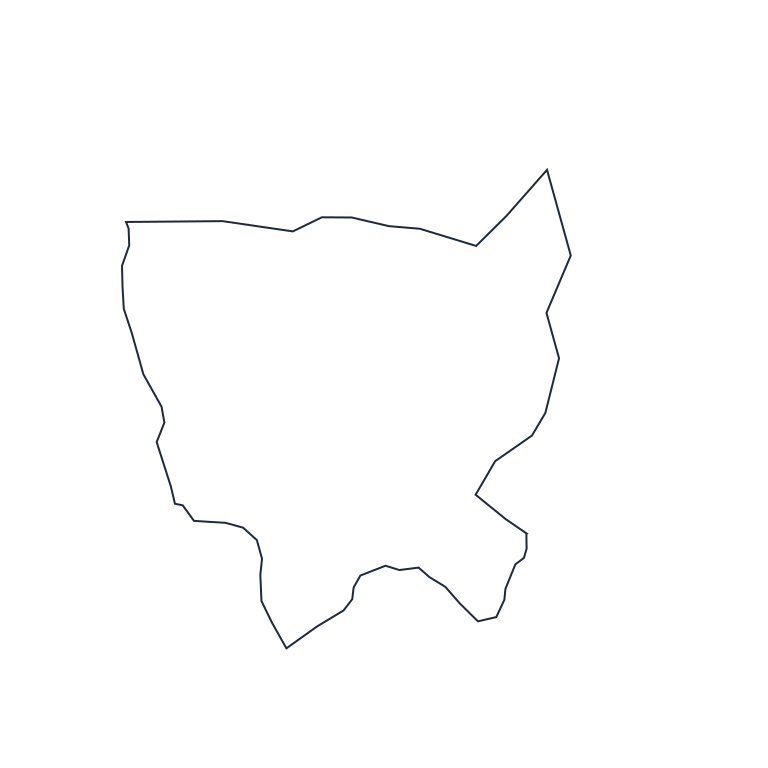 outline of Vänersborg, Västra Götaland, Sweden, rotated 334°
{"feature_id": "70781695B41562985263566", "entity_name": "Vänersborg", "entity_type": "district", "adm_level": 2, "iso_a3": "SWE", "parent_name": "Sweden", "parent_adm1": "Västra Götaland", "projection": "albers", "projection_center": [12.351, 58.463], "detail": "fine", "context": "isolated", "style": "outline", "palette": "slate", "viewbox_px": 768, "rotation_deg": 334, "n_neighbors": 0, "source": "geoboundaries", "source_scale": "gbopen_adm2", "svg_char_len": 922}
<svg xmlns="http://www.w3.org/2000/svg" viewBox="0 0 768 768"><g transform="rotate(334 384 384)"><path d="M180.4,578.8L217.3,572.6L248.4,569.8L261.1,563.5L267.5,553.6L278.8,545.8L305.7,548.0L316.2,557.9L334.6,564.2L340.3,577.7L350.2,593.2L355.9,614.4L364.4,638.5L382.8,642.7L397.6,630.7L403.3,621.4L423.0,603.7L433.6,601.6L440.0,594.5L446.3,581.0L446.7,581.0L434.1,558.7L417.8,523.7L450.1,502.1L494.4,495.2L516.4,480.7L551.1,439.4L552.6,437.6L561.2,391.3L608.2,350.4L624.4,263.0L567.5,286.7L527.3,300.3L484.3,260.2L457.5,244.2L428.0,220.2L401.2,206.9L369.0,206.9L310.2,166.8L223.2,125.3L222.6,132.3L215.8,147.7L200.3,163.0L191.7,181.8L183.1,202.3L179.6,228.0L172.0,269.7L174.1,307.0L169.7,322.4L154.2,336.6L147.5,382.8L143.6,400.0L149.9,404.8L153.2,423.7L165.3,430.6L180.7,439.3L194.4,451.4L201.3,468.6L197.8,487.5L189.2,501.3L178.7,525.4L178.7,549.5L180.4,578.8Z" fill="none" stroke="#1e293b" stroke-width="2"/></g></svg>